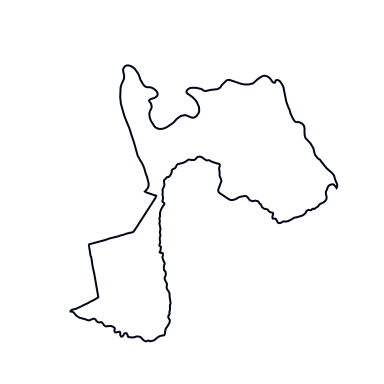 Chicamán, Quiché, Guatemala (orthographic projection), rotated 78°
{"feature_id": "79465075B15638381256287", "entity_name": "Chicamán", "entity_type": "district", "adm_level": 2, "iso_a3": "GTM", "parent_name": "Guatemala", "parent_adm1": "Quiché", "projection": "orthographic", "projection_center": [-90.638, 15.4], "detail": "fine", "context": "isolated", "style": "outline", "palette": "ink", "viewbox_px": 384, "rotation_deg": 78, "n_neighbors": 0, "source": "geoboundaries", "source_scale": "gbopen_adm2", "svg_char_len": 6007}
<svg xmlns="http://www.w3.org/2000/svg" viewBox="0 0 384 384"><g transform="rotate(78 192 192)"><path d="M218.1,49.8L216.9,48.8L214.5,48.4L210.4,49.3L205.3,49.7L202.5,51.1L196.9,55.3L188.8,59.4L187.6,59.8L187.1,60.1L185.2,62.0L181.7,63.7L179.9,64.1L174.3,64.2L169.1,66.0L162.7,69.8L160.7,70.0L157.2,69.6L153.3,68.7L150.7,68.7L149.8,68.9L147.7,70.4L146.0,72.6L145.6,73.6L145.5,74.8L145.2,75.7L144.9,76.2L144.2,76.8L141.3,78.0L135.7,79.3L131.9,79.5L128.5,80.3L123.1,81.0L108.3,80.8L105.2,81.6L101.8,83.1L100.9,84.0L100.3,84.9L100.1,86.5L100.8,87.3L102.1,87.9L102.2,89.1L101.2,90.3L97.2,92.0L96.0,92.9L94.4,94.5L93.3,96.9L93.3,98.8L94.1,101.4L95.4,104.5L98.4,109.6L98.6,114.4L97.7,118.2L96.5,121.3L90.1,132.1L89.9,134.5L90.7,136.1L93.6,140.6L95.7,142.7L96.7,145.6L96.0,152.7L96.1,157.9L95.1,159.8L93.7,160.8L93.1,161.6L91.2,165.7L90.5,168.1L89.9,171.7L90.1,173.0L90.6,174.6L92.0,176.2L92.8,176.6L94.0,176.5L94.8,176.0L96.6,174.2L98.7,172.3L100.6,170.9L103.1,169.4L105.2,168.6L110.2,167.5L113.8,168.0L115.9,168.9L118.7,171.8L119.6,174.3L119.4,176.5L115.8,181.8L115.3,183.3L115.3,187.1L117.5,192.0L119.8,194.9L120.7,196.6L123.3,203.0L123.8,205.2L124.0,207.3L123.9,209.0L123.4,211.1L122.9,212.2L121.3,214.2L119.9,215.1L114.0,217.3L111.7,217.7L109.0,217.8L107.4,217.6L105.8,217.2L104.0,216.2L101.2,214.0L100.2,213.8L97.9,213.6L96.4,213.9L94.2,215.1L93.5,214.9L92.9,214.1L92.5,212.8L92.1,208.7L91.3,207.0L90.7,206.1L89.6,205.4L88.2,205.2L86.7,205.5L85.6,205.9L82.9,208.1L81.7,209.7L80.7,211.3L80.5,213.0L79.9,214.6L78.8,216.2L76.6,217.4L71.4,219.1L66.8,219.6L64.6,220.2L59.2,222.6L56.3,225.3L55.0,227.7L54.7,229.2L54.9,231.1L56.2,232.8L57.6,233.8L59.3,234.2L63.9,234.2L66.7,234.8L68.0,235.6L71.6,238.3L74.9,240.1L84.2,242.5L91.0,243.2L103.1,242.4L108.8,241.5L116.7,240.0L124.3,239.3L125.6,239.1L132.1,238.4L145.0,237.6L151.8,235.6L152.7,235.1L156.3,234.2L159.8,233.7L164.6,233.4L167.4,232.9L174.5,232.6L177.0,233.2L178.5,234.1L179.6,235.1L181.8,238.0L183.1,236.5L187.7,228.7L188.1,227.8L190.1,228.9L215.0,253.6L217.6,256.2L219.0,258.1L219.1,264.5L219.6,268.1L219.7,271.9L220.0,272.3L220.3,282.5L220.9,286.7L221.8,303.4L222.4,303.9L233.2,304.5L234.9,304.1L244.7,304.7L251.3,304.6L275.3,305.5L275.6,305.7L277.4,310.9L278.0,313.8L279.2,317.4L280.2,321.9L281.1,324.8L281.1,325.4L282.2,330.0L282.2,333.7L282.3,334.1L283.1,335.5L283.7,335.6L284.3,333.8L284.8,333.3L285.8,332.5L288.9,330.9L290.9,328.9L291.6,328.1L294.2,323.0L295.6,320.9L296.0,320.0L296.2,319.2L296.1,318.5L295.5,315.3L295.5,314.5L295.7,313.8L296.5,313.0L298.6,312.1L299.9,310.9L300.3,309.9L300.4,307.9L300.7,307.4L301.8,306.7L304.1,305.7L305.4,304.5L305.7,303.0L305.9,300.3L306.3,299.0L307.3,297.3L308.9,296.0L309.5,295.9L311.6,296.8L312.9,296.6L313.2,296.4L313.6,295.6L313.5,292.4L313.6,292.0L314.1,291.5L314.7,291.4L316.7,291.9L317.2,291.9L318.6,291.5L318.9,291.0L318.6,289.9L318.1,289.1L316.3,287.5L316.2,287.0L316.4,286.0L316.6,285.4L317.5,285.2L318.5,284.7L320.0,284.7L320.7,284.3L322.1,279.8L321.8,276.1L322.3,274.1L323.4,272.4L327.0,270.1L328.3,268.6L328.5,268.1L328.6,267.5L328.2,266.3L328.2,265.7L328.5,265.0L329.2,264.3L329.3,263.8L329.3,261.0L329.1,259.7L328.4,258.4L327.8,257.5L326.3,253.8L326.2,250.7L326.4,249.3L326.1,248.7L324.6,247.8L322.8,247.3L320.3,246.1L319.8,245.7L318.2,243.8L315.0,241.1L313.2,240.4L312.5,240.3L310.7,241.1L309.1,241.2L308.3,240.9L307.1,239.5L304.9,239.1L301.9,237.8L298.3,237.2L296.7,236.2L295.6,236.0L290.1,235.7L286.2,235.1L285.0,235.3L282.4,236.4L281.1,236.7L279.5,236.6L278.3,236.0L276.6,235.6L276.0,235.7L273.3,236.5L270.9,236.8L270.2,236.6L268.3,235.2L266.7,234.6L264.3,234.5L263.9,234.7L263.1,235.4L262.5,235.6L259.7,235.2L258.5,234.8L256.7,233.7L255.9,233.6L254.7,233.8L252.8,234.3L250.1,234.5L249.4,234.5L248.0,233.6L246.3,233.3L245.8,233.4L245.3,233.9L245.2,234.8L244.8,235.8L244.5,236.1L243.9,236.1L243.2,235.3L242.0,234.7L239.1,233.8L237.7,235.0L237.2,235.0L236.4,234.6L235.3,233.8L234.7,233.6L231.8,233.4L230.4,233.1L229.7,232.9L228.1,231.9L224.6,231.8L222.8,231.1L222.1,230.6L221.4,230.5L215.7,230.4L214.4,229.7L213.7,229.5L210.7,229.3L209.2,228.3L207.6,228.1L205.4,227.5L202.4,225.7L199.6,223.2L198.3,221.6L196.8,221.7L195.3,222.9L194.8,222.9L192.2,221.6L188.0,221.3L187.2,221.1L186.3,220.7L185.5,220.5L184.1,220.5L183.6,220.3L180.1,217.8L179.2,217.5L175.1,217.1L174.4,216.6L173.2,214.5L172.3,213.6L172.3,213.1L172.5,211.9L172.1,211.0L171.2,209.9L169.3,208.2L168.8,207.9L167.0,207.5L166.3,207.0L165.8,206.3L165.6,205.8L165.4,204.3L164.9,203.2L162.4,201.2L162.1,200.8L161.8,199.9L161.7,196.0L161.5,193.9L160.7,191.3L159.7,189.1L159.6,188.5L159.8,187.6L160.5,186.1L161.0,184.4L161.1,182.8L160.7,181.8L159.9,180.8L158.9,179.3L159.0,177.0L160.1,175.1L160.8,174.3L162.1,173.3L164.0,171.4L164.2,170.9L164.4,169.0L164.6,168.4L165.6,167.4L166.8,165.8L168.9,162.2L170.2,159.6L171.1,159.2L171.7,159.3L172.6,159.5L173.9,160.4L174.9,160.7L178.0,160.8L181.1,161.5L182.0,161.6L185.7,160.9L187.7,161.1L194.6,165.5L195.4,165.9L197.0,166.1L197.7,165.9L198.5,165.5L206.5,157.7L207.3,156.7L208.1,155.3L208.3,152.8L208.0,150.4L207.1,148.1L206.7,145.8L206.9,141.0L207.1,140.2L208.3,138.9L211.5,137.5L212.1,137.0L213.4,135.1L213.7,133.8L213.5,132.1L214.9,129.2L217.5,128.2L217.9,127.8L218.6,127.2L221.1,126.7L222.7,125.6L223.5,124.7L224.1,123.1L224.8,121.8L225.4,121.3L226.5,121.0L227.5,120.2L228.1,119.5L229.0,117.5L229.5,117.2L230.2,117.1L232.2,118.2L233.7,118.7L234.7,118.6L235.0,118.0L235.1,117.2L235.4,116.0L235.8,115.6L239.6,114.4L240.1,114.1L240.6,113.3L240.6,111.2L239.8,109.3L239.8,108.8L239.9,108.1L240.4,106.6L240.5,104.1L239.2,99.4L238.6,98.1L238.4,97.2L238.5,94.9L238.0,89.1L237.5,87.6L236.4,85.7L235.8,84.9L234.6,84.2L233.9,82.8L233.7,81.7L234.3,80.6L234.5,79.5L234.4,79.0L233.5,77.7L233.5,77.1L234.1,76.0L233.9,75.4L233.1,74.0L232.5,72.0L231.4,70.7L230.5,69.5L229.9,67.5L229.5,65.5L229.1,64.8L228.6,63.7L227.2,62.2L225.4,61.4L221.5,61.4L220.0,61.1L219.2,60.8L217.6,59.3L216.0,58.6L214.5,57.2L213.7,55.7L213.6,53.3L214.0,52.0L216.1,50.6L218.1,49.8Z" fill="none" stroke="#020617" stroke-width="2"/></g></svg>